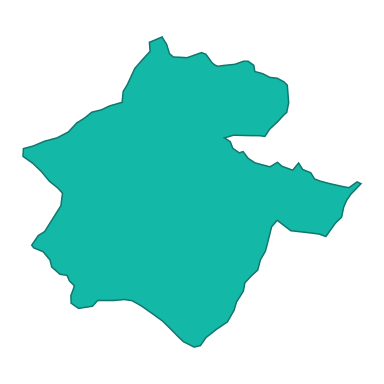 Geroskipou, Paphos, Cyprus
{"feature_id": "46923920B13296548837495", "entity_name": "Geroskipou", "entity_type": "district", "adm_level": 2, "iso_a3": "CYP", "parent_name": "Cyprus", "parent_adm1": "Paphos", "projection": "equal_earth", "projection_center": [32.458, 34.751], "detail": "fine", "context": "isolated", "style": "filled", "palette": "teal", "viewbox_px": 384, "rotation_deg": 0, "n_neighbors": 0, "source": "geoboundaries", "source_scale": "gbopen_adm2", "svg_char_len": 1745}
<svg xmlns="http://www.w3.org/2000/svg" viewBox="0 0 384 384"><path d="M31.7,245.2L33.8,247.9L43.1,251.7L50.0,260.0L51.7,267.0L60.0,274.3L67.0,275.3L69.5,281.0L74.4,285.8L73.1,289.8L70.9,295.5L71.1,303.2L78.6,308.4L92.5,306.2L97.7,300.5L113.7,300.5L124.4,299.5L132.1,300.7L141.0,305.7L150.3,312.2L162.4,320.9L170.5,328.9L178.3,336.8L183.5,341.8L185.4,342.7L194.2,347.1L200.4,345.6L206.0,337.6L216.1,329.6L227.4,321.9L234.0,310.4L236.5,302.0L240.2,296.2L243.4,291.0L244.9,282.8L251.1,276.1L257.7,270.1L260.4,259.9L265.4,251.2L267.9,241.7L271.6,226.8L277.2,220.3L290.7,230.7L306.8,232.5L318.7,234.0L325.9,236.5L326.9,235.1L335.3,223.3L341.6,217.1L343.7,207.1L346.6,200.4L350.7,194.4L361.0,183.7L358.6,182.6L357.1,181.9L348.9,187.7L342.1,186.4L330.0,183.7L320.5,181.2L314.6,179.0L310.7,172.7L302.7,169.5L300.2,165.5L298.6,163.0L292.7,170.2L282.0,166.3L277.5,162.3L270.0,166.8L262.2,164.8L254.9,162.8L248.1,158.3L243.1,151.6L239.2,152.8L232.8,148.3L230.2,141.6L224.4,137.9L233.6,135.2L248.7,135.6L259.6,135.7L264.9,136.4L269.8,129.0L277.4,122.0L284.2,114.5L286.7,112.5L288.7,102.7L288.0,94.0L287.3,85.2L285.7,83.6L284.2,82.0L277.2,78.2L269.8,77.4L262.8,73.7L254.8,71.5L253.8,65.3L248.1,61.2L243.6,61.2L234.9,64.3L230.2,64.8L223.2,65.5L217.8,66.3L214.5,64.8L211.9,62.6L208.5,57.8L205.8,54.2L201.5,52.6L187.0,57.7L180.4,57.3L173.4,57.0L169.5,53.7L166.6,44.3L162.7,38.1L162.2,36.9L149.4,42.3L150.1,51.3L142.6,59.5L134.8,68.4L127.1,85.1L123.2,91.3L122.1,102.3L109.8,105.8L101.4,109.8L91.8,112.2L84.6,118.0L76.8,122.9L68.4,131.9L57.0,137.9L44.8,141.1L32.9,146.1L23.4,148.6L23.0,156.4L32.9,163.4L41.2,171.4L49.5,181.3L57.8,188.0L62.5,193.2L60.9,205.8L57.1,211.7L44.7,231.5L38.1,235.7L31.7,245.2Z" fill="#14b8a6" stroke="#0f766e" stroke-width="1.5"/></svg>